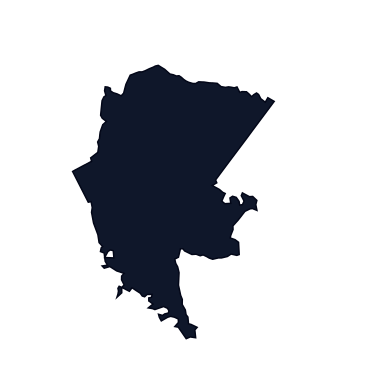 Santa Rosa, Rio Grande do Sul, Brazil, rotated 154°
{"feature_id": "56859067B17988346737710", "entity_name": "Santa Rosa", "entity_type": "district", "adm_level": 2, "iso_a3": "BRA", "parent_name": "Brazil", "parent_adm1": "Rio Grande do Sul", "projection": "equal_earth", "projection_center": [-54.489, -27.84], "detail": "fine", "context": "isolated", "style": "filled", "palette": "ink", "viewbox_px": 384, "rotation_deg": 154, "n_neighbors": 0, "source": "geoboundaries", "source_scale": "gbopen_adm2", "svg_char_len": 2788}
<svg xmlns="http://www.w3.org/2000/svg" viewBox="0 0 384 384"><g transform="rotate(154 192 192)"><path d="M125.2,280.7L128.4,282.4L132.9,285.5L137.7,288.1L141.2,287.9L143.7,289.2L146.9,292.1L148.8,294.5L150.1,296.8L151.3,299.8L152.7,302.2L155.2,303.1L157.3,305.5L160.1,307.7L161.5,311.1L162.8,314.3L164.8,317.4L166.8,320.6L169.8,321.3L171.9,321.2L176.3,321.5L180.9,321.5L184.2,321.8L187.0,323.2L190.3,323.6L193.6,323.8L196.3,324.1L204.1,317.8L206.3,315.3L210.1,310.8L213.5,309.5L216.4,313.1L219.3,315.8L220.9,318.6L219.9,321.0L221.7,323.2L223.9,324.6L226.2,321.3L227.1,316.4L229.5,316.1L232.8,313.5L237.8,305.4L240.5,301.0L240.3,297.5L238.0,293.0L242.7,291.6L245.7,288.7L248.2,286.2L249.9,283.6L251.8,280.5L254.9,278.3L255.8,274.0L259.3,268.9L268.1,267.1L268.8,263.6L287.4,263.0L290.3,262.8L289.7,228.3L286.9,227.6L288.5,221.7L291.2,217.8L294.1,207.2L295.3,194.9L297.7,187.2L296.2,182.2L298.1,181.6L300.4,178.6L297.7,175.7L299.2,171.4L300.4,167.7L300.0,163.3L305.2,164.9L304.3,162.0L298.5,161.0L294.3,154.1L291.8,151.7L288.7,148.6L292.1,147.3L293.8,144.0L293.7,138.2L297.0,137.1L291.8,130.2L287.9,132.2L285.1,127.4L282.9,123.8L282.3,120.3L280.5,118.6L277.3,119.6L272.7,117.4L274.6,115.1L277.3,115.8L278.6,113.0L276.2,108.4L282.1,107.0L278.6,104.5L276.9,102.6L267.7,101.5L265.0,98.2L264.8,95.2L266.5,93.6L269.9,94.4L272.6,94.0L275.7,96.8L276.3,93.7L276.1,89.6L268.8,90.1L265.7,89.6L262.7,87.2L260.0,83.9L261.4,80.7L266.4,78.6L263.6,76.5L261.5,62.7L257.1,62.5L252.6,59.4L249.9,66.8L246.7,68.1L250.9,73.4L252.9,75.1L250.5,81.4L251.1,84.4L249.7,88.9L250.1,95.2L247.8,99.7L247.5,104.1L245.0,114.2L239.0,125.2L237.7,131.0L237.9,135.0L236.9,139.3L232.8,139.3L227.3,146.0L225.1,145.0L224.5,142.3L219.5,135.9L215.6,134.3L212.6,131.1L209.6,130.6L207.1,127.5L205.5,125.1L202.9,122.5L197.2,121.2L194.3,119.8L188.4,118.5L184.1,119.1L179.5,115.4L177.0,115.1L172.2,126.4L174.2,130.3L177.8,134.0L175.9,136.3L171.6,140.2L170.1,143.6L162.7,146.6L152.9,151.4L147.2,151.4L144.9,150.6L141.7,147.0L140.2,152.7L137.4,156.0L139.4,161.4L142.4,162.6L144.5,165.5L147.1,169.1L149.3,167.1L149.2,161.0L152.2,158.5L154.9,159.4L153.8,162.9L154.6,167.8L157.4,170.4L160.5,170.0L162.1,164.8L167.6,167.1L169.2,170.7L165.7,173.8L162.8,176.1L164.5,178.2L166.2,182.2L171.0,189.0L165.7,189.4L165.5,192.5L149.1,201.0L142.1,204.6L132.3,209.6L119.4,216.2L111.0,220.6L78.4,237.4L82.5,243.5L86.8,240.6L89.3,245.7L89.4,250.5L90.6,252.7L93.8,252.4L96.6,251.5L97.9,255.4L99.1,258.2L103.0,260.3L105.4,260.6L105.5,266.7L108.3,267.1L111.1,269.2L113.1,270.5L116.1,271.4L119.7,274.0L121.7,278.6L125.2,280.7ZM299.2,171.4L293.6,175.4L290.8,175.7L288.5,173.8L291.1,167.0L299.2,171.4ZM297.0,137.1L298.8,139.2L300.8,137.9L301.5,135.2L303.4,132.6L305.6,130.3L299.3,132.2L297.0,137.1Z" fill="#0f172a" stroke="#020617" stroke-width="1.5"/></g></svg>